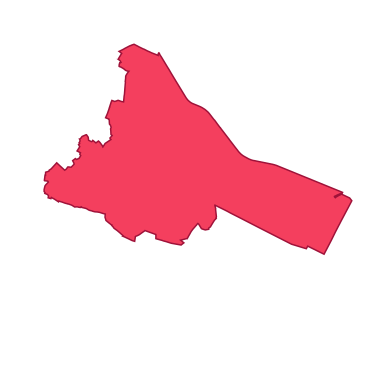 the district of Slampes pag., Tukums, Latvia, rotated 37°
{"feature_id": "27541924B56593653615616", "entity_name": "Slampes pag.", "entity_type": "district", "adm_level": 2, "iso_a3": "LVA", "parent_name": "Latvia", "parent_adm1": "Tukums", "projection": "orthographic", "projection_center": [23.272, 56.873], "detail": "fine", "context": "isolated", "style": "filled", "palette": "rose", "viewbox_px": 384, "rotation_deg": 37, "n_neighbors": 0, "source": "geoboundaries", "source_scale": "gbopen_adm2", "svg_char_len": 5409}
<svg xmlns="http://www.w3.org/2000/svg" viewBox="0 0 384 384"><g transform="rotate(37 192 192)"><path d="M324.9,102.8L321.5,101.9L312.8,103.7L312.4,104.2L312.3,104.6L312.1,104.8L312.0,105.2L311.9,105.6L311.7,105.8L310.7,107.3L310.9,107.7L309.6,109.8L310.0,110.0L309.9,110.3L309.4,110.2L308.9,110.2L308.4,109.8L309.5,107.7L309.8,106.9L310.9,105.2L311.1,104.6L311.4,104.1L311.9,103.4L312.7,102.6L312.5,101.7L254.6,117.0L245.2,119.5L243.3,120.0L242.5,120.3L241.4,120.7L239.9,121.3L222.8,129.5L221.9,130.0L220.9,130.4L219.8,130.8L219.0,131.0L217.5,131.4L213.5,132.0L212.0,132.2L211.8,132.2L211.1,132.3L209.8,132.3L208.6,132.3L207.0,132.1L206.4,132.0L205.2,131.8L198.9,130.1L195.0,129.0L190.2,127.7L189.9,127.5L189.7,127.5L176.7,123.9L176.0,123.6L175.8,123.7L169.9,122.0L169.8,121.9L168.3,121.5L166.7,121.0L166.1,121.0L159.2,119.1L158.0,118.8L157.0,118.6L156.4,118.5L154.9,118.4L153.0,118.3L152.1,118.3L151.2,118.4L149.7,118.5L149.0,118.6L147.7,118.8L146.4,119.1L140.7,120.6L139.2,121.0L138.2,121.2L137.1,121.3L135.8,121.3L134.3,121.2L133.9,121.2L132.2,120.8L130.8,120.4L129.5,119.9L112.6,113.2L112.0,113.0L110.9,112.5L110.1,112.2L103.9,109.7L99.6,107.9L96.7,106.8L86.3,102.6L84.0,101.8L82.8,101.2L82.5,100.9L81.8,100.8L81.7,101.3L82.1,102.6L82.7,103.3L76.2,105.1L75.9,105.2L74.2,105.5L72.5,105.9L72.4,106.0L67.8,106.8L66.9,107.1L61.7,108.1L60.6,108.2L60.3,108.3L57.4,108.8L56.8,108.9L55.5,110.8L55.2,111.3L55.3,111.4L55.1,111.7L54.4,112.6L51.9,117.8L51.3,119.3L49.8,122.3L49.1,123.6L50.6,123.6L52.4,123.6L53.0,129.3L53.5,130.3L53.4,130.4L54.6,130.4L55.2,130.4L55.9,130.6L57.1,131.1L57.3,131.2L57.1,131.8L56.5,132.3L57.2,134.1L58.1,135.5L58.7,135.5L59.4,135.2L60.4,135.0L62.0,134.8L63.0,134.7L63.5,134.7L65.6,134.8L66.4,134.7L66.9,134.5L67.9,134.2L68.6,133.8L68.9,133.6L68.9,136.2L69.1,138.2L69.2,138.9L69.3,139.1L69.4,139.4L69.6,139.8L70.1,140.5L70.6,141.2L72.3,144.1L72.7,144.3L74.0,146.4L79.1,154.4L79.6,155.3L80.1,156.3L80.6,157.1L81.6,158.7L83.1,161.2L81.4,162.1L80.5,162.4L78.2,163.1L77.9,163.2L77.7,163.4L77.4,163.8L76.9,164.7L76.6,165.1L76.3,165.5L75.9,166.1L75.5,166.3L72.9,167.1L73.4,169.0L75.3,174.5L75.4,174.4L76.7,178.6L77.1,179.7L77.5,181.3L78.3,184.7L81.8,183.8L81.9,184.0L82.0,184.2L82.5,184.3L83.2,185.0L83.6,185.6L85.2,187.4L85.3,187.5L86.0,187.6L86.3,187.6L87.6,188.4L87.9,188.6L88.6,189.2L88.6,189.3L89.0,190.7L89.5,191.1L90.5,192.2L92.4,194.5L92.5,194.7L93.1,194.9L94.2,194.9L94.2,195.6L94.0,198.3L95.7,198.9L95.3,199.9L95.0,200.9L93.4,205.5L93.4,205.8L93.5,206.8L93.6,207.7L93.6,208.4L93.7,209.7L93.4,209.6L92.8,209.1L92.7,209.0L92.3,208.9L88.9,207.9L88.5,207.8L86.6,207.6L85.7,210.6L82.5,210.5L81.7,210.5L81.8,211.5L81.7,211.9L81.6,212.1L81.3,212.3L81.0,212.4L78.3,212.9L76.1,210.7L73.4,209.8L73.2,209.8L72.9,210.1L70.9,213.6L70.8,213.9L70.8,216.3L70.6,217.0L70.3,217.4L70.7,217.5L71.6,218.3L72.2,219.5L72.1,220.1L72.2,220.7L73.1,220.9L73.1,221.0L73.0,222.2L72.9,222.4L75.1,223.4L75.5,228.4L79.3,227.8L79.6,229.3L81.2,229.9L81.4,231.5L81.5,232.8L81.6,233.0L81.0,234.0L80.9,234.2L80.8,234.6L80.6,234.9L80.2,235.5L78.7,235.5L78.5,236.4L77.9,238.4L77.8,238.8L79.5,239.6L79.9,239.8L81.0,240.6L81.1,240.8L80.6,244.8L80.5,245.0L78.0,246.5L77.8,246.7L77.7,246.9L77.7,247.2L77.8,248.8L77.8,249.3L77.7,249.7L77.2,251.2L71.0,250.6L66.4,250.1L65.6,258.3L64.8,260.6L65.2,261.5L63.2,264.3L64.8,266.7L64.9,266.8L64.5,267.0L67.1,271.6L67.5,271.7L70.3,270.1L70.9,270.3L71.0,270.4L71.0,270.5L71.3,270.6L71.3,270.9L70.9,274.2L70.9,275.5L71.8,277.7L72.3,278.7L72.4,279.0L73.6,280.6L74.9,280.9L75.1,281.0L75.3,281.7L78.0,281.0L79.5,281.3L80.1,282.2L80.6,283.2L82.0,282.7L83.3,282.2L83.0,281.0L86.4,280.5L91.3,280.2L91.1,279.4L93.4,278.6L94.1,278.3L97.1,277.4L98.9,276.7L99.6,276.3L99.8,276.3L99.8,276.2L103.8,274.9L107.3,274.6L109.0,273.1L109.5,272.8L110.3,272.5L112.1,271.6L112.3,270.7L112.6,270.8L112.7,270.5L113.4,270.6L115.9,269.5L116.6,269.2L117.7,268.8L119.7,268.6L120.2,268.5L120.6,268.5L121.8,268.1L122.6,267.7L123.1,267.5L123.7,267.3L124.4,267.1L125.9,266.5L126.8,266.0L128.3,265.0L130.4,263.9L133.9,262.7L136.0,261.8L136.8,263.1L137.8,264.6L139.0,265.4L140.4,266.5L144.1,266.7L145.7,266.7L147.3,266.8L147.7,266.5L148.2,267.1L149.4,267.2L151.6,267.9L155.4,267.8L158.9,268.0L162.1,268.3L163.6,268.4L163.6,268.7L163.5,268.9L165.1,268.5L169.4,267.6L173.5,266.8L175.9,265.9L173.7,261.8L173.6,261.7L173.9,260.9L174.5,260.0L175.1,258.9L175.6,257.8L175.9,256.9L176.3,255.5L177.6,251.5L177.6,251.1L179.3,250.6L188.7,247.7L190.0,249.3L191.2,251.0L191.6,250.9L197.4,248.6L198.5,248.3L201.2,247.2L206.3,245.4L215.2,240.9L215.5,239.7L216.1,237.5L211.9,237.3L213.1,235.8L213.8,234.9L215.7,232.5L215.9,232.3L216.2,232.2L216.1,231.8L216.1,231.0L215.8,229.3L215.6,227.5L215.2,224.7L215.1,223.8L215.1,221.9L215.1,221.0L215.3,218.4L215.4,216.6L215.5,215.9L215.5,215.1L215.5,213.8L215.6,213.6L216.6,213.6L216.8,213.7L221.6,215.6L223.0,215.2L225.4,214.3L227.8,211.7L227.1,210.7L227.7,208.7L227.5,207.3L227.1,203.2L227.0,201.8L227.0,201.6L226.9,201.1L227.2,199.3L227.2,199.1L226.9,198.6L227.1,198.4L226.8,198.2L226.4,197.1L226.2,196.9L221.3,191.7L221.2,191.6L221.1,191.4L221.1,191.2L218.2,188.8L218.2,188.7L230.4,186.4L230.7,186.4L230.8,186.3L235.6,185.6L245.7,183.8L266.6,180.2L284.8,177.0L302.9,173.8L317.4,168.5L317.0,165.6L318.0,165.4L329.2,163.3L334.9,162.2L332.3,146.6L330.6,137.7L329.4,130.7L329.1,128.7L328.6,125.9L326.6,113.4L325.9,108.9L324.9,102.8Z" fill="#f43f5e" stroke="#9f1239" stroke-width="1.5"/></g></svg>